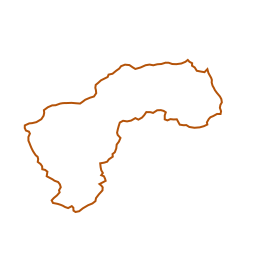 outline of Mairinque, São Paulo, Brazil, rotated 249°
{"feature_id": "56859067B61135260351359", "entity_name": "Mairinque", "entity_type": "district", "adm_level": 2, "iso_a3": "BRA", "parent_name": "Brazil", "parent_adm1": "São Paulo", "projection": "equal_earth", "projection_center": [-47.236, -23.519], "detail": "fine", "context": "isolated", "style": "outline", "palette": "amber", "viewbox_px": 256, "rotation_deg": 249, "n_neighbors": 0, "source": "geoboundaries", "source_scale": "gbopen_adm2", "svg_char_len": 2256}
<svg xmlns="http://www.w3.org/2000/svg" viewBox="0 0 256 256"><g transform="rotate(249 128 128)"><path d="M102.8,203.3L105.0,203.7L107.4,206.6L108.5,208.8L108.6,211.8L109.2,216.2L107.9,219.4L110.3,220.9L113.9,221.0L116.4,222.5L118.3,224.8L121.5,225.5L124.5,225.1L129.2,223.5L132.2,222.7L134.7,222.5L137.2,222.1L140.4,222.4L142.8,223.5L144.9,223.6L150.5,222.8L154.5,223.2L152.7,219.4L154.6,216.2L156.8,212.7L160.6,212.0L163.2,210.1L165.5,211.1L167.8,209.1L170.1,208.2L169.2,205.3L169.1,200.9L170.3,195.9L171.9,192.2L174.3,189.4L175.5,186.5L175.8,182.1L177.0,178.2L177.5,174.1L179.5,170.8L180.3,166.9L180.0,161.4L180.5,156.0L183.0,154.1L186.2,151.9L188.2,147.9L188.2,143.7L186.6,141.1L185.7,137.5L184.2,133.0L184.8,129.0L182.9,127.3L182.6,124.0L182.2,119.9L180.8,116.3L179.8,113.3L177.2,111.9L174.8,111.6L171.9,110.8L169.6,107.5L169.9,103.5L169.7,98.2L168.7,94.8L168.0,92.0L169.8,88.2L171.7,84.3L173.3,79.6L174.5,76.3L175.1,73.4L175.2,68.6L176.3,65.3L176.1,60.6L174.8,55.9L172.2,55.2L169.7,53.6L167.3,50.3L166.3,44.6L166.9,40.2L167.7,37.5L167.4,32.6L165.0,31.6L162.2,31.8L160.1,34.2L157.9,34.4L155.3,31.8L151.8,30.5L149.3,30.6L147.0,30.6L143.7,30.7L140.6,31.0L138.1,31.5L135.6,32.1L133.5,33.3L131.2,33.0L128.7,31.6L125.6,33.5L123.0,34.1L120.2,33.2L118.6,35.6L116.1,37.1L112.1,34.8L107.2,39.1L105.1,40.5L102.6,43.4L99.8,44.2L96.8,44.0L94.6,41.3L92.4,41.1L90.5,37.5L89.2,33.6L87.8,30.8L84.9,31.1L82.4,35.1L80.5,37.5L78.9,39.2L76.7,41.0L74.7,43.4L75.2,47.5L73.2,48.4L70.4,47.5L68.4,48.9L67.8,52.6L69.2,57.1L70.2,63.1L70.3,67.7L71.4,71.4L74.0,73.0L76.5,77.0L78.9,81.8L81.7,83.1L83.7,82.5L85.9,81.3L86.3,85.0L86.7,88.2L89.0,88.4L91.6,88.2L93.5,86.1L95.0,88.4L98.1,87.9L101.2,88.4L105.0,89.4L104.2,93.3L104.0,96.5L105.6,98.9L106.7,103.5L109.2,104.2L110.1,107.0L113.1,109.7L116.6,111.5L118.5,114.6L121.4,117.4L125.2,115.9L127.5,116.1L130.1,117.8L133.0,119.9L136.0,122.3L136.5,126.0L134.5,129.5L133.8,133.6L134.6,138.4L132.1,140.7L132.7,144.8L134.1,147.6L136.3,150.8L134.7,154.7L133.1,156.8L134.1,161.6L132.9,165.1L131.2,167.4L129.1,168.9L126.6,166.8L122.9,165.4L121.0,167.5L121.1,170.7L119.6,173.7L118.6,176.7L112.6,177.5L110.7,180.8L109.8,183.5L107.0,185.6L104.4,190.1L102.9,195.2L102.5,199.5L102.8,203.3Z" fill="none" stroke="#b45309" stroke-width="2"/></g></svg>